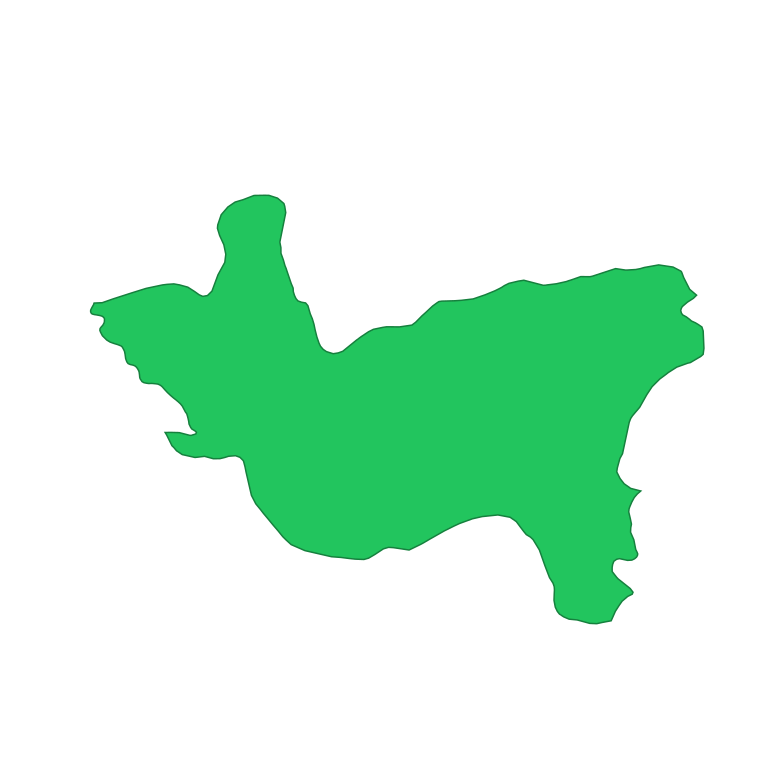 Rabinal, Baja Verapaz, Guatemala, rotated 284°
{"feature_id": "79465075B87613469920283", "entity_name": "Rabinal", "entity_type": "district", "adm_level": 2, "iso_a3": "GTM", "parent_name": "Guatemala", "parent_adm1": "Baja Verapaz", "projection": "albers", "projection_center": [-90.508, 15.131], "detail": "fine", "context": "isolated", "style": "filled", "palette": "green", "viewbox_px": 768, "rotation_deg": 284, "n_neighbors": 0, "source": "geoboundaries", "source_scale": "gbopen_adm2", "svg_char_len": 4369}
<svg xmlns="http://www.w3.org/2000/svg" viewBox="0 0 768 768"><g transform="rotate(284 384 384)"><path d="M284.0,183.4L281.9,185.5L272.8,193.2L271.6,195.3L269.0,198.9L266.7,205.3L267.0,218.4L270.4,227.4L270.2,236.5L271.9,242.9L274.2,247.3L276.3,250.7L278.5,257.3L278.0,262.0L275.6,266.0L274.4,266.8L272.7,267.7L270.2,269.1L265.3,271.4L243.9,282.3L236.7,288.6L232.4,294.4L229.3,298.3L225.9,303.0L220.4,310.4L216.0,316.6L211.4,322.7L209.0,326.7L205.7,332.8L203.2,347.6L203.7,374.9L205.3,384.1L206.3,392.6L207.1,398.4L208.9,407.0L211.3,411.2L216.4,416.4L223.9,423.3L226.6,427.9L227.5,432.8L229.0,448.5L237.2,458.3L239.2,460.5L244.5,465.9L256.2,478.2L263.1,486.3L266.9,491.0L274.6,502.4L279.1,511.3L284.5,526.2L285.2,538.6L282.5,545.7L278.2,550.9L274.6,555.4L272.3,558.5L270.9,563.1L269.1,566.3L260.6,574.9L246.5,584.2L236.2,591.4L231.6,596.2L228.5,598.2L225.4,599.2L221.3,600.0L215.2,601.3L208.9,604.2L205.2,607.3L203.2,609.9L201.5,614.8L200.6,620.5L201.8,628.5L201.5,641.5L202.9,648.4L205.5,653.6L209.2,661.7L219.5,663.5L226.0,665.7L230.9,667.6L236.9,671.9L240.1,675.7L242.2,676.0L245.1,672.4L251.5,658.4L252.8,656.4L257.2,650.8L261.0,649.8L264.2,649.5L267.6,649.9L270.2,652.1L271.5,654.7L271.8,663.0L273.1,667.1L275.0,669.4L277.1,670.9L278.9,671.4L280.5,671.3L282.2,670.1L284.3,668.3L293.3,664.1L299.8,659.1L304.2,658.2L307.9,658.0L312.9,655.6L319.1,652.4L322.1,652.0L324.4,652.2L329.4,653.0L334.4,654.3L338.6,656.4L342.3,659.0L342.4,648.6L345.3,641.1L349.4,635.9L355.0,631.1L359.0,630.7L368.7,630.9L374.1,632.3L406.1,631.2L410.2,631.7L413.1,632.7L417.6,634.9L423.2,637.7L437.3,641.6L446.3,644.8L455.6,650.4L461.7,655.4L463.9,657.1L471.2,664.0L477.7,673.7L478.9,676.1L480.8,678.0L487.5,684.8L490.0,686.5L496.0,685.8L512.6,680.9L516.2,678.7L517.7,674.7L518.7,671.4L519.5,667.1L520.7,664.8L522.3,661.0L523.3,657.1L524.7,655.5L527.1,654.1L529.2,654.2L530.7,654.5L532.0,655.2L536.8,658.6L542.0,663.5L545.8,665.8L549.8,657.7L559.7,649.1L564.5,645.8L565.3,644.9L567.4,636.2L566.0,621.7L560.0,608.3L557.9,604.7L556.0,600.6L553.5,592.7L553.0,590.9L552.0,580.8L539.0,560.1L537.9,557.8L535.8,548.9L529.7,539.6L528.9,538.2L527.5,536.1L522.9,526.9L519.6,518.3L518.9,516.7L518.3,514.6L518.5,494.6L516.3,489.4L511.9,480.9L508.6,477.0L506.2,474.8L504.5,472.9L501.2,469.0L494.9,460.4L488.1,449.9L483.9,438.8L481.9,432.6L478.4,420.1L477.3,417.4L475.6,415.8L471.4,412.3L463.5,407.2L461.3,405.7L459.4,404.4L451.6,399.8L447.9,396.8L443.1,385.1L441.0,376.2L440.1,372.6L438.6,369.0L434.5,360.5L431.0,356.4L424.3,350.3L419.8,346.6L405.8,336.1L403.1,332.1L401.1,327.4L401.5,320.3L402.9,316.6L405.3,313.2L408.0,311.0L413.4,307.5L419.8,304.1L425.0,301.6L429.9,298.7L434.2,295.5L441.6,291.2L443.7,288.3L443.4,284.2L443.8,280.4L445.6,277.9L448.3,275.7L451.6,273.7L455.1,272.6L459.1,269.6L470.3,262.4L472.4,261.1L475.0,259.2L480.1,256.3L485.9,252.4L491.3,251.0L496.5,248.6L526.5,247.2L532.4,244.7L534.9,243.2L538.6,235.7L539.2,226.8L538.3,222.8L535.5,212.3L528.7,202.6L524.5,195.5L518.0,189.7L508.9,185.1L498.2,184.2L494.8,184.7L488.3,188.6L480.4,194.9L471.6,199.1L463.5,200.1L449.8,196.5L432.5,194.6L427.1,191.3L425.2,187.0L425.8,183.2L427.9,177.9L430.5,170.2L430.7,161.7L430.3,155.9L428.2,149.4L426.5,145.0L419.2,130.0L411.7,117.7L401.2,100.8L394.7,90.9L392.4,83.1L390.7,83.0L388.7,82.4L386.7,81.9L384.7,81.5L383.0,81.9L381.6,83.1L381.3,84.5L381.3,86.5L381.5,88.2L381.7,92.1L381.6,94.0L381.2,95.1L380.4,96.4L379.4,97.1L378.2,97.3L377.0,97.6L375.5,97.6L372.9,96.9L371.1,95.9L369.2,95.1L367.4,95.3L366.0,96.2L364.6,97.4L362.7,99.1L359.6,104.3L358.4,108.1L358.0,112.1L357.8,116.2L357.3,119.7L356.8,120.8L355.3,122.3L353.9,123.5L352.9,124.3L350.4,125.5L346.1,127.2L344.0,128.6L343.0,129.4L341.9,130.8L341.5,133.1L341.6,135.4L341.5,136.8L341.2,138.2L340.4,139.8L339.2,141.2L337.7,142.6L336.6,143.4L335.1,144.0L333.6,144.6L331.5,145.3L330.1,146.1L329.0,147.3L327.8,148.6L327.2,150.7L327.3,153.2L327.5,155.3L327.8,156.5L328.4,158.6L329.0,162.6L329.2,164.7L329.0,165.8L328.7,167.2L328.1,168.7L327.4,169.9L326.4,171.3L325.1,173.2L323.3,176.0L321.3,179.6L319.5,183.2L317.1,188.4L315.5,191.3L313.6,193.8L312.0,195.2L308.9,198.0L307.4,199.8L304.9,201.3L303.2,202.2L300.8,203.4L299.1,204.1L298.0,204.5L295.1,206.9L293.8,208.5L293.2,210.6L292.6,212.3L291.8,213.7L290.0,213.5L288.4,210.8L287.5,209.4L287.2,208.0L287.3,197.1L285.4,188.6L284.0,183.4Z" fill="#22c55e" stroke="#15803d" stroke-width="1.5"/></g></svg>